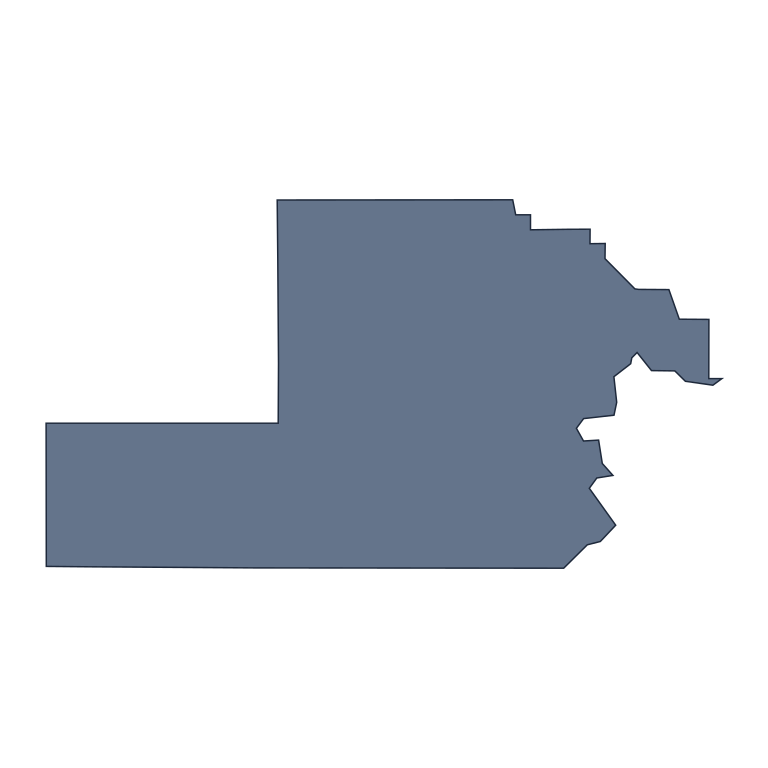 the district of Yamhill, Oregon, United States of America
{"feature_id": "52423323B33159762923031", "entity_name": "Yamhill", "entity_type": "district", "adm_level": 2, "iso_a3": "USA", "parent_name": "United States of America", "parent_adm1": "Oregon", "projection": "mercator", "projection_center": [-123.102, 45.254], "detail": "fine", "context": "isolated", "style": "filled", "palette": "slate", "viewbox_px": 768, "rotation_deg": 0, "n_neighbors": 0, "source": "geoboundaries", "source_scale": "gbopen_adm2", "svg_char_len": 717}
<svg xmlns="http://www.w3.org/2000/svg" viewBox="0 0 768 768"><path d="M721.9,378.6L708.8,378.6L708.9,319.4L679.3,319.2L668.9,289.6L638.6,289.4L634.9,288.9L605.0,258.7L605.2,243.5L590.0,243.7L590.1,229.2L567.9,229.3L530.5,229.8L530.5,214.8L515.7,214.8L512.7,199.8L512.0,199.8L277.2,200.0L277.8,260.5L278.5,363.4L278.2,423.2L46.1,423.2L46.3,566.4L89.6,566.8L255.2,567.9L255.9,567.9L563.7,568.2L587.3,544.8L600.3,541.5L615.7,525.2L589.3,488.3L596.8,478.0L612.9,475.4L602.3,463.5L598.6,440.1L583.5,441.0L576.4,428.3L583.6,418.6L614.0,415.2L616.7,402.3L613.9,376.7L630.7,363.7L631.8,357.8L637.1,352.5L651.5,370.6L674.8,370.9L685.4,381.3L712.9,385.2L721.9,378.6Z" fill="#64748b" stroke="#1e293b" stroke-width="1.5"/></svg>